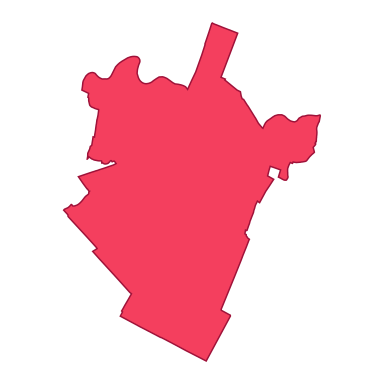 Cosereni, Ialomita, Romania (Mercator projection)
{"feature_id": "2599482B11808069805596", "entity_name": "Cosereni", "entity_type": "district", "adm_level": 2, "iso_a3": "ROU", "parent_name": "Romania", "parent_adm1": "Ialomita", "projection": "mercator", "projection_center": [26.552, 44.674], "detail": "fine", "context": "isolated", "style": "filled", "palette": "rose", "viewbox_px": 384, "rotation_deg": 0, "n_neighbors": 0, "source": "geoboundaries", "source_scale": "gbopen_adm2", "svg_char_len": 5647}
<svg xmlns="http://www.w3.org/2000/svg" viewBox="0 0 384 384"><path d="M206.2,361.0L230.4,316.1L230.3,315.2L221.3,310.3L221.2,309.2L234.5,276.7L241.2,260.0L243.0,255.2L246.4,246.8L248.8,240.5L249.4,239.3L248.3,238.4L247.8,238.1L247.5,237.7L247.3,237.5L247.0,236.7L246.8,236.5L246.6,236.4L246.4,236.2L246.3,235.7L246.2,235.0L246.2,234.6L244.9,233.8L245.5,230.1L246.6,230.6L247.0,230.4L248.3,226.7L248.7,225.5L249.4,223.7L249.8,222.2L250.0,221.3L250.5,220.1L251.8,216.7L252.6,214.7L253.5,212.4L253.6,211.7L253.9,210.3L254.6,208.3L255.1,206.3L255.3,205.7L255.9,204.2L256.3,203.5L257.4,201.1L258.6,202.0L259.6,202.7L260.2,201.6L265.7,191.4L269.8,185.3L273.7,179.3L267.6,175.9L269.1,170.0L270.2,166.3L273.3,167.3L280.6,169.9L278.4,177.1L280.5,178.1L281.1,178.5L281.4,178.7L284.0,180.0L284.3,180.1L285.9,180.2L286.0,180.2L286.5,180.0L286.6,179.8L287.2,178.9L287.4,178.6L287.7,178.1L287.9,177.6L288.0,177.0L288.0,176.6L287.8,175.7L287.7,174.4L287.7,172.6L287.6,171.6L287.6,170.6L287.6,169.8L287.7,168.7L287.7,168.4L288.5,166.2L289.0,164.9L290.3,162.5L292.4,163.4L292.6,163.2L292.9,162.6L293.1,162.0L295.2,162.4L295.3,162.4L295.6,162.4L296.0,162.5L296.7,162.5L300.4,162.2L302.0,161.9L302.5,161.9L304.7,161.5L305.6,161.3L306.0,161.1L306.3,160.9L306.6,160.7L309.6,156.8L311.9,154.5L313.7,153.0L313.9,152.8L314.4,152.2L313.2,147.4L313.9,146.5L314.4,146.0L315.5,144.6L315.6,144.4L315.6,144.2L315.1,143.2L315.7,143.0L315.8,142.4L315.7,142.0L315.8,141.7L315.9,141.4L316.1,141.2L316.3,141.2L316.4,138.7L316.6,137.0L316.6,136.1L316.7,135.6L316.8,134.7L316.9,132.9L316.9,132.0L316.8,130.8L316.7,129.9L316.6,129.0L316.7,128.1L316.8,127.2L317.3,125.9L318.6,122.5L318.9,122.2L319.2,121.7L320.3,115.8L319.9,115.0L318.1,115.5L317.3,115.7L316.0,115.8L313.5,115.5L311.8,115.3L309.4,115.2L308.3,115.2L307.0,115.4L304.9,116.0L302.3,116.3L299.0,118.2L297.2,120.6L296.1,121.3L294.6,121.9L292.8,121.6L290.4,120.9L287.5,118.9L286.5,117.9L285.4,116.8L284.7,116.3L284.7,116.2L284.0,115.8L282.5,115.1L281.8,114.8L279.7,114.8L278.2,114.8L277.3,115.0L274.9,115.7L272.6,117.1L271.3,118.1L270.0,119.0L267.2,120.9L265.6,122.7L264.5,124.7L262.9,128.3L262.2,127.8L258.4,123.3L255.4,117.9L255.2,117.7L248.0,106.1L247.4,105.4L243.6,99.4L242.2,98.9L241.2,96.1L240.4,91.7L237.1,90.1L224.8,80.0L225.3,79.1L221.0,77.3L237.7,33.2L237.0,32.9L224.3,28.0L221.5,26.9L220.6,26.5L218.8,25.8L216.3,24.8L215.4,24.5L214.2,24.0L213.3,23.6L212.8,23.3L212.4,23.0L212.2,23.1L211.9,23.3L211.7,23.6L211.5,24.2L209.0,32.0L204.9,44.1L205.1,44.6L201.8,54.9L195.7,72.0L191.5,80.8L187.6,89.4L185.6,86.8L183.5,85.7L181.1,84.9L178.4,84.3L175.0,83.9L172.8,82.7L170.5,81.0L168.3,79.4L167.0,78.5L165.8,77.9L163.8,77.1L162.5,76.8L159.1,77.0L156.3,78.7L153.4,80.7L151.8,82.0L150.5,82.7L148.9,83.3L146.7,83.7L145.4,83.7L143.9,83.4L142.2,82.6L140.5,81.2L139.5,79.9L138.6,78.2L138.1,76.8L137.1,73.4L137.4,70.0L137.7,68.4L138.7,64.9L139.2,63.7L139.7,62.4L139.9,61.5L139.9,60.7L139.7,59.6L139.2,58.7L138.5,57.7L137.4,56.9L136.3,56.6L134.2,56.4L132.3,56.5L130.4,56.9L127.6,57.9L121.9,61.3L119.6,62.9L117.6,64.7L115.6,66.9L111.6,74.9L110.7,76.4L109.3,77.9L108.3,78.6L107.3,78.9L106.4,79.0L105.2,78.9L102.3,79.0L100.6,78.3L98.7,77.2L97.4,76.0L96.2,74.7L95.6,73.9L94.8,73.2L93.5,72.7L92.3,72.5L90.9,72.7L88.9,73.4L87.5,74.4L85.9,76.0L83.4,80.5L82.9,82.2L82.4,86.9L81.9,90.1L87.9,93.0L88.6,93.4L87.9,97.2L88.2,97.3L88.4,97.5L88.5,97.8L88.6,98.0L88.7,98.6L88.7,100.2L88.7,100.8L89.6,104.7L89.7,105.1L90.1,105.6L90.4,106.0L90.6,106.2L91.1,106.6L91.3,106.8L91.8,107.1L92.5,107.4L93.1,107.6L93.8,107.9L94.7,108.4L95.6,108.7L96.2,108.9L96.8,109.1L98.5,109.5L98.7,109.9L98.6,110.1L98.5,111.5L98.0,115.3L97.4,118.1L97.0,120.0L96.9,120.0L96.4,124.0L96.2,124.8L96.1,125.5L96.0,126.3L95.9,127.2L95.7,128.4L95.6,129.6L95.2,132.2L94.7,135.0L94.5,137.1L93.1,136.8L91.8,145.1L91.6,145.5L90.3,146.4L89.7,149.0L87.8,153.2L87.7,155.0L87.7,156.2L87.6,156.8L87.2,159.1L87.3,159.1L88.0,158.4L88.7,156.7L91.7,158.9L92.8,159.3L93.7,159.8L94.7,160.1L98.3,160.8L101.3,160.9L101.6,161.1L101.7,161.5L101.7,162.8L101.8,162.9L101.9,163.1L102.1,163.0L102.3,162.9L102.5,162.8L103.0,163.2L103.3,163.4L104.1,163.8L104.4,163.9L105.0,164.0L105.6,164.0L106.2,163.9L106.8,163.8L107.4,163.6L108.1,163.3L109.9,161.6L110.2,161.1L110.6,160.7L110.9,160.6L111.1,160.6L111.4,160.7L112.1,161.8L112.4,161.7L112.7,161.6L113.2,161.3L113.6,161.2L114.0,161.2L114.3,161.2L114.7,161.6L116.1,163.6L113.6,164.9L113.4,165.0L110.8,165.9L108.6,166.6L106.8,167.3L102.9,168.6L99.7,169.6L97.3,170.5L96.0,170.8L94.3,171.4L92.0,172.1L90.5,172.6L88.4,173.3L81.3,175.7L78.4,176.7L79.5,178.3L82.6,182.8L83.9,184.6L85.6,186.9L87.1,188.9L87.4,188.9L87.8,189.5L89.2,191.5L89.3,191.5L88.8,192.1L88.8,192.7L88.7,193.6L88.6,193.8L88.2,194.4L87.2,195.1L86.5,195.7L86.0,196.0L85.0,197.0L84.7,197.4L84.4,197.7L84.1,198.2L83.6,198.8L83.3,199.2L82.5,200.2L82.2,200.6L81.7,201.2L81.2,201.7L81.0,201.9L80.4,202.6L79.9,203.0L79.1,203.7L78.9,203.9L78.2,204.4L77.7,204.7L77.2,205.0L76.7,205.2L76.4,205.3L76.2,205.4L75.5,205.6L75.1,205.8L74.7,205.9L74.0,206.0L73.6,206.0L73.2,206.0L72.7,205.9L72.4,205.6L72.2,205.3L72.0,205.0L72.0,204.9L71.9,204.8L71.7,204.7L71.4,204.5L71.2,204.5L70.3,205.5L69.5,206.4L68.2,207.5L67.1,208.1L66.2,208.4L65.5,208.9L64.9,209.0L64.4,209.3L64.0,209.7L63.9,210.0L63.7,210.2L67.9,214.8L68.0,216.2L68.1,216.5L68.5,217.0L87.3,237.4L96.6,247.7L97.1,248.6L92.7,251.4L95.1,254.1L99.2,258.7L117.4,278.6L129.8,292.4L131.5,293.8L128.3,299.4L127.6,300.6L124.8,305.4L122.6,309.4L121.6,311.0L122.2,311.6L122.5,311.9L122.3,312.3L121.7,313.5L120.3,316.2L140.3,326.9L160.5,337.4L161.4,337.6L169.7,341.9L186.5,350.9L187.1,351.2L206.2,361.0Z" fill="#f43f5e" stroke="#9f1239" stroke-width="1.5"/></svg>